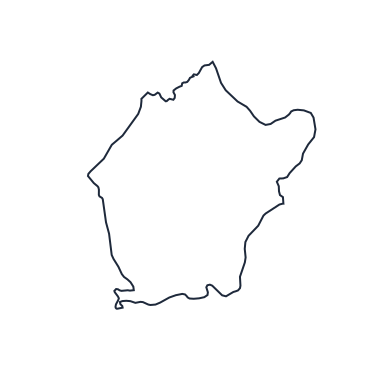 the Province of Kossi, rotated 221°
{"feature_id": "BFA-2802", "entity_name": "Kossi", "entity_type": "Province", "adm_level": 1, "iso_a3": "BFA", "parent_name": "Burkina Faso", "parent_adm1": "", "projection": "robinson", "projection_center": [-3.893, 12.938], "detail": "fine", "context": "isolated", "style": "outline", "palette": "slate", "viewbox_px": 384, "rotation_deg": 221, "n_neighbors": 0, "source": "natural_earth", "source_scale": "10m", "svg_char_len": 2144}
<svg xmlns="http://www.w3.org/2000/svg" viewBox="0 0 384 384"><g transform="rotate(221 192 192)"><path d="M172.9,54.4L173.7,54.6L174.5,55.3L175.5,57.0L175.7,57.4L176.8,62.2L177.5,63.8L179.4,64.6L184.5,65.7L185.7,66.4L185.6,69.0L184.1,70.0L182.1,70.3L180.4,71.1L176.0,75.7L174.2,76.8L171.5,79.7L174.2,82.1L179.2,83.6L183.4,83.7L187.6,83.3L191.1,84.0L198.5,87.3L207.3,90.0L211.3,91.8L227.2,106.1L237.0,112.7L254.6,128.0L256.1,128.5L258.9,128.0L260.4,128.7L263.8,132.7L265.7,134.1L267.1,134.4L271.9,134.3L281.0,135.8L282.1,137.7L282.1,141.2L280.4,159.3L283.5,175.0L281.4,189.0L283.8,215.6L286.5,222.8L289.9,227.6L291.3,229.1L290.6,238.1L287.7,238.5L285.0,239.4L283.9,240.9L283.1,244.5L281.2,244.9L277.3,243.2L271.4,243.2L270.7,244.0L270.5,245.8L270.1,247.6L266.6,249.4L266.8,251.7L268.5,254.0L271.4,255.1L272.5,256.5L271.9,259.8L270.5,263.3L269.4,265.3L270.7,267.6L270.1,269.2L268.7,270.5L267.8,272.0L267.9,274.6L268.4,276.8L267.8,278.3L266.8,280.1L267.8,280.3L267.8,282.0L265.1,283.5L264.9,286.2L266.3,292.9L265.6,295.7L262.5,299.2L261.8,303.8L255.0,301.1L241.7,293.4L233.3,290.9L217.0,290.2L206.6,292.1L201.4,291.4L194.9,289.7L187.1,289.2L180.5,290.9L177.3,294.9L175.8,300.6L170.6,309.3L169.7,313.9L169.7,315.8L170.0,317.8L168.9,320.4L166.2,323.4L161.1,327.0L154.2,329.6L149.1,327.9L139.9,320.3L135.9,313.5L135.5,304.1L133.4,293.8L130.0,288.0L129.5,284.2L130.5,279.4L130.7,270.3L130.0,265.7L132.1,262.1L134.9,259.5L134.7,255.4L130.3,253.3L126.8,249.6L123.6,247.4L120.0,247.8L115.4,243.2L115.7,243.0L117.8,239.9L122.3,224.1L122.6,221.1L119.9,210.0L120.6,196.1L118.9,189.3L114.9,183.7L108.6,177.8L105.9,173.5L100.2,159.5L94.0,153.1L92.7,150.9L92.7,147.9L93.9,145.7L95.2,143.7L97.9,135.6L101.5,133.8L115.3,134.6L117.7,133.8L119.2,131.7L118.7,129.5L114.2,126.7L112.7,124.4L113.7,120.7L116.9,116.4L120.7,112.5L124.0,110.0L126.1,109.6L128.1,110.0L130.1,110.1L132.5,108.7L136.5,103.5L139.9,97.5L143.5,87.6L145.7,83.1L149.3,79.4L151.1,78.4L156.8,76.7L158.8,75.3L162.0,71.2L164.7,70.1L166.9,69.2L170.2,66.8L173.0,64.0L174.2,61.7L172.5,60.4L169.8,60.2L168.5,59.2L171.4,55.4L172.1,54.6L172.9,54.4Z" fill="none" stroke="#1e293b" stroke-width="2"/></g></svg>